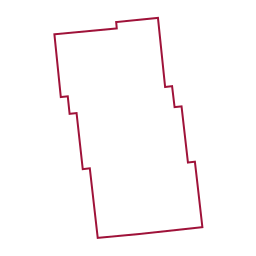 the district of Nance, Nebraska, United States of America, rotated 84°
{"feature_id": "52423323B96029767188282", "entity_name": "Nance", "entity_type": "district", "adm_level": 2, "iso_a3": "USA", "parent_name": "United States of America", "parent_adm1": "Nebraska", "projection": "albers", "projection_center": [-98.037, 41.395], "detail": "fine", "context": "isolated", "style": "outline", "palette": "rose", "viewbox_px": 256, "rotation_deg": 84, "n_neighbors": 0, "source": "geoboundaries", "source_scale": "gbopen_adm2", "svg_char_len": 409}
<svg xmlns="http://www.w3.org/2000/svg" viewBox="0 0 256 256"><g transform="rotate(84 128 128)"><path d="M21.6,86.7L21.4,128.7L23.2,128.7L27.8,128.8L27.1,191.4L90.2,191.6L90.2,184.6L107.8,184.6L107.8,177.6L164.2,177.3L164.1,170.2L234.1,169.6L234.6,128.2L234.4,64.4L188.7,64.8L168.5,65.0L168.6,72.0L112.1,72.5L112.1,79.5L91.0,79.8L91.1,86.8L21.6,86.7Z" fill="none" stroke="#9f1239" stroke-width="2"/></g></svg>